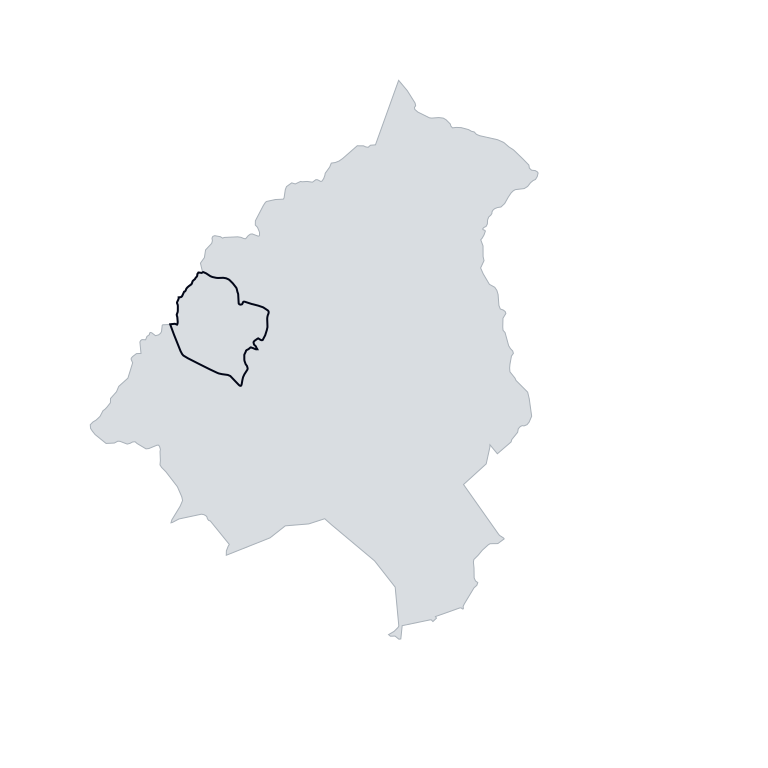 Oruro on a map of Bolivia (Albers equal-area conic projection), rotated 50°
{"feature_id": "BOL-1937", "entity_name": "Oruro", "entity_type": "Department", "adm_level": 1, "iso_a3": "BOL", "parent_name": "Bolivia", "parent_adm1": "", "projection": "albers", "projection_center": [-67.639, -18.613], "detail": "fine", "context": "in_parent", "style": "outline", "palette": "ink", "viewbox_px": 768, "rotation_deg": 50, "n_neighbors": 0, "source": "natural_earth", "source_scale": "10m", "svg_char_len": 6095}
<svg xmlns="http://www.w3.org/2000/svg" viewBox="0 0 768 768"><g transform="rotate(50 384 384)"><path d="M166.6,434.5L165.5,425.6L164.0,423.4L161.7,422.0L160.9,420.2L161.6,418.3L166.1,414.6L168.5,413.9L169.1,412.1L177.2,401.5L179.7,399.3L182.6,397.8L183.8,396.6L183.1,392.7L183.3,390.1L184.3,388.5L189.8,385.4L190.3,384.7L190.1,383.8L187.7,381.8L182.7,380.2L179.5,380.4L176.3,377.6L169.7,361.7L168.6,358.0L168.7,356.6L172.9,348.6L177.7,342.3L177.2,340.9L171.7,334.7L170.1,331.8L170.6,325.4L173.7,323.4L175.2,317.7L176.5,316.7L179.4,312.7L183.4,309.1L183.7,304.8L184.9,303.6L188.3,302.2L188.7,301.1L187.9,298.2L186.1,295.1L184.8,293.6L182.9,286.1L180.9,282.4L183.0,279.0L184.3,275.2L184.7,270.8L184.3,251.4L188.4,246.6L190.6,245.6L192.5,244.0L192.4,240.9L195.3,236.8L160.8,177.6L174.2,177.6L188.7,179.6L191.2,180.9L191.7,182.9L193.4,183.9L197.4,183.3L209.3,178.1L211.0,176.5L215.1,170.8L218.4,167.7L221.5,166.6L227.5,166.1L229.4,167.0L231.8,166.9L233.9,163.7L237.2,160.1L243.5,155.7L246.8,154.5L248.8,152.9L252.2,152.7L255.3,151.1L270.0,139.9L276.0,137.0L282.7,135.9L288.0,134.3L301.0,132.9L309.4,132.3L312.1,133.9L315.1,133.5L317.7,131.0L319.9,130.2L321.4,130.3L323.6,133.3L324.7,136.5L324.0,138.9L324.0,142.4L325.0,147.0L324.4,151.0L319.5,158.5L319.1,160.7L319.3,163.7L320.7,168.6L323.3,175.5L323.6,180.6L321.7,183.8L320.8,186.6L320.9,189.0L321.6,190.7L322.7,191.7L323.3,193.6L323.4,196.5L324.9,199.2L327.8,201.9L328.9,204.5L328.3,206.9L328.5,208.4L329.3,209.0L331.2,207.9L332.1,208.2L334.1,211.6L335.4,215.1L335.7,217.2L341.9,219.4L350.1,226.2L353.8,228.1L357.2,235.4L363.4,237.2L375.4,239.2L381.1,237.0L384.9,237.4L388.8,239.1L397.7,245.5L401.3,246.7L404.0,245.1L406.4,244.6L408.3,245.3L410.1,250.6L416.8,256.5L419.4,258.3L422.4,258.2L434.8,263.9L438.2,264.4L441.5,264.2L443.7,265.2L444.5,268.4L449.9,274.9L452.5,277.5L455.6,279.7L463.7,279.9L466.1,280.6L482.6,279.2L488.6,282.2L503.6,291.6L506.5,297.4L507.1,300.6L506.1,303.7L504.7,304.9L504.2,306.9L504.6,309.9L506.9,312.7L508.7,321.9L510.1,323.9L510.3,342.0L498.7,341.9L500.6,343.7L510.9,357.1L512.1,387.7L572.7,392.8L574.3,392.8L578.8,391.4L579.9,391.5L579.4,399.4L574.6,405.3L574.2,407.3L574.5,415.4L575.7,422.0L576.2,428.0L577.9,430.0L582.9,433.4L590.5,439.6L593.7,440.5L596.4,439.8L597.9,442.3L598.0,446.1L604.1,463.9L605.2,466.3L607.2,467.7L606.8,468.5L605.1,468.8L604.2,470.0L595.2,494.1L597.1,494.3L597.4,499.2L595.0,499.4L594.2,500.5L580.8,525.4L590.1,535.0L589.1,536.6L584.2,537.6L581.3,541.2L578.9,541.6L580.0,535.2L579.5,529.6L578.9,528.2L546.8,506.0L513.4,504.9L458.1,514.7L449.1,516.0L442.8,531.6L429.2,550.8L428.6,570.2L413.8,614.9L410.5,612.0L408.1,607.6L407.5,605.7L407.2,605.6L377.3,605.1L375.8,606.0L373.7,605.9L372.1,605.1L370.6,605.1L368.4,605.9L366.4,607.5L355.6,627.8L354.0,635.2L353.4,636.4L351.7,633.8L346.6,618.7L343.8,613.2L340.4,611.4L329.9,608.3L311.1,607.5L305.1,608.0L302.0,607.6L298.9,604.5L291.8,599.0L290.4,597.3L287.6,596.1L286.0,596.0L285.0,597.1L282.3,605.6L280.7,608.0L270.9,611.4L268.2,611.8L266.8,613.9L266.2,616.7L265.0,619.3L258.2,623.1L256.7,624.7L255.9,628.5L250.9,635.1L237.1,637.8L232.6,637.7L229.4,637.3L226.4,635.2L226.0,631.5L226.6,627.7L226.3,622.4L223.8,616.3L224.0,614.3L223.7,611.3L222.5,605.6L219.3,602.8L218.0,593.9L215.3,588.7L214.9,576.4L206.2,562.9L202.7,561.9L201.8,561.1L201.4,559.1L201.6,554.1L204.4,550.5L194.9,544.0L194.3,542.4L194.4,540.9L196.9,538.2L195.2,535.0L195.4,532.0L194.3,530.7L194.4,529.8L195.5,529.0L200.1,528.0L201.5,525.0L201.5,522.5L200.8,520.7L196.5,516.2L196.4,515.5L205.0,504.3L204.7,503.4L203.9,502.3L199.2,499.1L194.1,493.9L190.5,491.3L187.8,488.6L186.4,486.4L186.0,480.4L184.2,474.4L181.7,460.0L179.7,454.6L181.7,451.8L181.5,451.0L173.4,446.9L171.7,440.3L166.6,434.5Z" fill="#d9dde1" stroke="#a8b0b8" stroke-width="1"/><path d="M185.6,485.6L186.7,484.1L187.0,483.4L187.0,482.5L186.9,482.1L184.8,477.8L185.1,477.2L185.1,476.7L185.0,476.2L184.8,475.7L183.9,474.1L183.6,472.3L183.6,470.3L183.8,468.4L183.8,467.5L183.6,466.7L182.2,464.5L182.1,463.8L182.1,461.7L182.1,461.4L181.5,459.8L181.5,459.4L181.5,459.0L181.3,458.1L181.0,457.5L179.8,456.3L179.3,454.5L180.4,453.4L181.7,452.3L182.0,450.6L182.3,450.4L185.0,449.1L189.8,447.7L191.7,446.7L194.8,444.3L196.1,443.0L199.3,438.9L201.4,437.1L201.7,436.9L204.0,435.8L205.2,435.5L209.7,435.1L215.4,435.3L216.5,435.7L219.5,437.2L220.7,437.6L221.5,438.0L228.7,443.4L228.9,443.5L229.1,443.6L229.6,443.6L230.1,443.5L230.9,443.0L231.1,442.7L231.3,442.3L231.4,442.1L231.6,441.7L231.6,441.4L231.6,441.2L231.3,440.4L231.0,439.9L230.8,439.6L230.7,439.3L230.7,438.7L230.9,438.3L231.6,437.7L237.7,433.9L238.6,433.2L243.1,430.0L247.4,427.4L248.2,427.1L253.0,425.7L253.3,425.7L253.7,425.7L254.1,425.8L254.4,425.9L254.6,426.0L255.2,426.5L255.5,426.8L255.7,427.2L256.0,427.6L256.5,428.6L257.1,429.5L258.0,430.6L258.9,431.5L264.9,436.2L265.6,436.8L267.5,439.3L270.3,443.7L272.3,448.6L272.0,449.4L271.6,449.7L271.2,450.0L270.8,450.2L268.2,451.0L268.0,451.6L267.7,455.2L267.8,456.1L267.9,456.6L268.1,457.0L268.4,457.3L268.8,457.5L270.0,458.1L270.5,458.2L271.0,458.2L271.9,458.0L272.9,458.0L273.3,458.1L274.0,458.4L274.4,458.5L275.2,458.5L276.0,458.7L275.2,459.7L274.1,460.4L272.4,461.2L271.5,461.8L270.7,462.2L270.3,462.5L270.2,462.8L270.2,463.0L270.2,464.3L270.2,464.9L270.2,465.4L269.8,467.1L269.7,467.5L269.8,468.0L269.8,468.3L270.3,469.0L271.6,471.8L271.8,472.2L272.1,472.5L272.5,472.8L275.5,475.3L276.6,476.0L279.8,477.2L282.2,477.4L284.0,478.2L284.6,478.6L285.0,479.1L285.2,479.5L286.8,484.6L286.9,484.9L288.2,487.6L290.0,490.0L292.7,493.2L293.4,494.4L293.3,494.8L293.1,495.2L292.8,495.4L292.4,495.6L291.3,495.8L286.8,496.1L279.1,496.6L278.3,497.0L276.7,497.8L272.3,501.8L269.7,503.8L268.2,504.6L260.6,508.1L249.5,512.9L238.2,517.7L233.2,519.4L231.3,519.4L228.0,518.7L211.3,513.2L201.0,509.5L200.8,509.4L202.5,506.9L203.2,505.8L203.7,505.3L205.2,504.6L205.5,504.4L205.2,503.6L204.6,502.9L203.8,502.1L199.9,499.3L198.6,498.8L197.6,498.2L196.3,495.9L195.5,495.0L192.0,492.0L190.9,491.2L189.1,490.6L188.6,490.3L188.2,489.7L187.3,487.7L186.6,486.5L186.2,486.0L185.6,485.6Z" fill="none" stroke="#020617" stroke-width="2"/></g></svg>